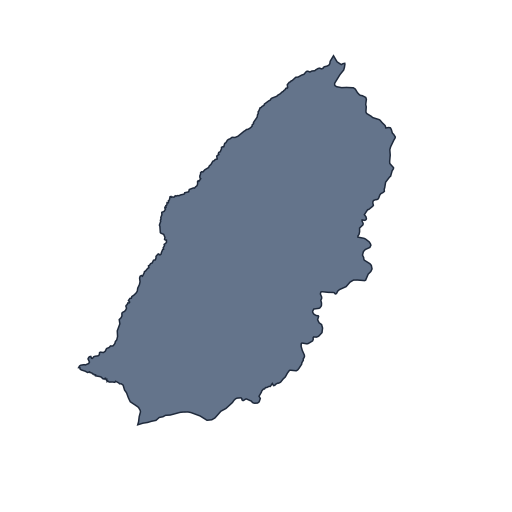 outline of Alto Parnaíba, Maranhão, Brazil, rotated 219°
{"feature_id": "56859067B51546215528696", "entity_name": "Alto Parnaíba", "entity_type": "district", "adm_level": 2, "iso_a3": "BRA", "parent_name": "Brazil", "parent_adm1": "Maranhão", "projection": "natural_earth1", "projection_center": [-46.179, -9.51], "detail": "fine", "context": "isolated", "style": "filled", "palette": "slate", "viewbox_px": 512, "rotation_deg": 219, "n_neighbors": 0, "source": "geoboundaries", "source_scale": "gbopen_adm2", "svg_char_len": 6085}
<svg xmlns="http://www.w3.org/2000/svg" viewBox="0 0 512 512"><g transform="rotate(219 256 256)"><path d="M197.7,363.0L196.6,368.1L196.7,369.3L198.6,370.7L199.4,372.0L199.6,373.1L198.4,375.2L197.6,375.8L197.0,377.1L197.1,378.2L198.2,381.5L198.2,383.0L197.3,385.1L196.9,387.0L198.4,388.6L198.9,390.0L201.7,394.9L201.9,401.5L201.6,402.7L203.8,407.8L204.1,410.3L204.7,411.2L210.3,412.1L211.8,413.8L215.2,418.9L218.9,422.8L220.1,425.6L221.8,432.7L222.2,435.4L222.7,436.2L225.7,437.2L227.3,437.3L230.5,439.5L232.2,440.2L233.7,439.4L235.7,437.2L237.3,438.4L238.3,438.7L241.9,439.0L245.0,439.6L246.1,439.5L252.5,437.0L254.3,437.1L259.6,436.4L260.8,436.8L261.6,437.6L264.2,441.3L266.1,442.8L268.8,447.2L270.5,448.3L274.3,447.5L276.1,446.5L277.2,446.4L280.0,446.8L283.9,448.2L286.2,448.0L291.7,444.0L295.4,440.7L299.9,438.3L301.8,438.1L302.5,438.4L303.6,439.8L304.9,449.8L304.9,455.7L306.0,458.3L307.6,461.0L308.3,461.6L309.5,460.1L310.2,458.4L315.2,457.9L321.8,460.4L320.9,454.0L319.6,451.8L319.5,450.1L320.3,448.3L321.9,446.2L322.3,445.0L322.0,444.0L322.9,442.6L324.7,442.1L325.7,440.9L326.7,438.3L326.9,437.0L329.0,434.9L329.9,432.9L331.6,432.4L332.6,431.8L333.0,430.7L333.1,427.3L334.4,425.3L335.9,421.5L337.6,419.9L338.3,415.1L338.9,414.2L338.9,413.0L339.5,411.9L339.5,408.8L337.3,406.7L337.4,405.9L338.1,405.6L338.4,404.8L338.0,403.9L338.5,402.0L338.4,401.0L338.9,400.2L339.3,397.2L340.3,394.6L340.4,393.2L343.0,388.7L343.3,387.6L343.0,386.2L343.7,384.7L345.1,379.4L344.6,378.0L345.4,376.2L345.5,374.5L346.1,373.8L345.1,370.6L345.1,369.4L343.9,368.2L343.8,366.9L342.5,364.7L342.0,358.2L341.2,357.3L341.5,355.4L340.7,354.4L341.0,352.1L341.9,349.5L343.1,348.2L343.2,346.9L343.8,345.5L345.4,337.7L346.9,334.9L349.3,333.2L350.0,330.5L350.8,329.3L351.1,327.9L350.7,325.1L351.2,323.8L349.8,320.6L350.8,319.7L351.2,318.7L350.3,317.6L349.4,314.5L350.1,313.1L349.8,312.0L348.7,311.4L349.2,310.3L349.4,308.9L347.2,307.0L348.5,305.2L348.4,303.9L349.2,302.5L348.6,298.7L349.0,296.7L348.5,294.9L350.0,290.9L350.2,287.9L351.3,287.2L351.5,285.9L350.7,284.9L350.0,282.8L348.7,281.4L347.6,281.3L347.4,278.1L348.3,278.1L348.3,277.1L346.7,275.2L346.3,274.2L346.1,273.3L346.5,271.6L346.5,270.1L347.5,269.5L349.7,265.7L348.7,263.5L351.2,260.3L350.8,259.4L351.0,258.6L353.0,256.1L353.8,254.4L355.1,253.5L355.8,252.3L356.7,252.0L356.6,250.6L357.0,249.9L357.9,249.5L358.7,248.4L359.5,248.8L360.1,248.0L358.6,245.0L358.8,243.6L358.0,243.1L357.7,242.1L358.7,241.5L357.4,239.5L357.8,238.4L356.7,237.3L357.5,236.7L357.1,235.9L355.9,235.6L355.5,232.9L356.7,230.6L355.1,228.8L354.2,226.0L353.1,224.9L352.8,223.6L351.9,223.0L350.5,219.2L349.4,218.6L345.1,214.0L344.4,213.9L341.3,214.7L338.4,213.1L337.6,211.4L336.6,211.3L335.6,212.0L334.2,210.3L334.2,208.9L334.7,207.2L333.6,206.4L333.3,204.0L332.1,203.1L332.6,202.3L331.6,198.9L331.0,198.0L331.2,196.6L331.9,196.1L332.6,196.4L333.3,196.1L333.5,193.8L333.5,192.8L332.5,191.6L331.8,189.6L333.0,188.2L332.3,185.3L333.1,183.7L332.9,181.8L333.4,180.7L331.9,179.5L332.4,178.2L332.4,174.8L332.9,173.7L332.2,172.3L331.5,168.8L332.8,168.7L333.3,167.3L332.6,165.6L329.9,163.0L328.6,160.4L327.7,156.6L326.1,153.9L325.9,151.6L326.3,148.5L327.0,146.4L326.3,144.8L327.3,143.7L327.1,141.1L325.2,140.7L325.1,139.7L326.1,138.9L325.6,137.3L325.8,135.7L325.4,135.0L323.8,134.0L323.3,132.2L323.3,130.2L324.0,128.8L324.3,127.6L323.9,126.7L322.5,125.1L322.0,123.2L322.3,120.5L319.1,117.6L316.7,110.5L312.9,106.3L311.4,103.1L311.5,101.1L310.6,99.2L310.5,96.4L311.1,95.5L312.5,94.5L312.5,92.6L313.9,90.0L313.2,86.9L313.9,84.9L316.4,83.4L316.8,82.5L315.6,80.6L315.9,79.0L317.9,76.9L318.7,75.6L318.7,73.5L319.4,73.0L321.2,74.0L322.0,73.0L322.2,71.9L321.8,70.3L318.7,68.8L318.4,67.1L320.1,63.9L321.2,63.4L323.5,60.8L323.9,59.5L323.6,57.6L322.5,58.3L321.5,57.4L320.1,57.5L316.2,59.0L313.5,59.5L312.4,61.3L311.8,60.9L309.9,61.8L308.8,61.5L307.8,62.1L306.9,61.8L305.9,62.7L305.3,61.9L301.3,64.1L299.9,64.5L297.9,64.2L297.1,64.7L296.5,64.7L296.5,65.6L296.0,66.3L295.2,65.7L294.4,66.3L293.9,65.3L293.2,65.5L292.7,64.7L292.2,65.6L290.8,65.6L288.2,67.8L286.2,69.0L286.3,70.3L282.9,71.0L281.6,70.8L280.3,71.9L278.0,72.0L273.8,69.1L270.5,68.2L265.8,65.4L262.0,63.6L253.0,64.4L251.8,64.3L248.9,63.2L247.7,62.2L245.7,57.7L242.9,53.2L241.7,50.4L238.6,55.0L235.5,58.4L233.2,61.8L230.3,65.3L229.6,69.6L227.1,72.6L226.1,75.2L222.6,78.4L216.6,86.7L214.7,88.6L210.7,92.0L208.0,93.4L198.8,96.5L190.7,97.5L187.3,100.9L186.0,104.3L185.6,113.3L183.4,118.6L182.1,127.3L182.3,130.0L182.0,132.3L181.2,133.7L178.5,136.3L177.2,136.2L176.4,135.4L175.5,135.3L174.8,135.8L174.1,138.1L173.5,138.9L168.2,140.3L166.5,139.9L164.7,140.5L162.4,142.5L161.9,143.7L161.8,144.8L163.0,148.0L165.4,148.9L166.1,153.5L166.6,154.8L166.5,157.3L165.7,158.0L165.8,159.8L164.9,160.5L163.8,162.9L162.8,163.6L163.1,167.2L160.8,166.3L160.0,167.3L160.0,168.6L159.2,170.7L158.4,171.4L157.5,173.4L157.5,177.6L157.1,180.4L157.9,184.9L158.0,188.2L157.4,188.9L152.5,192.1L151.9,193.7L151.9,195.6L152.4,200.6L153.2,201.9L153.6,204.7L154.6,205.9L154.6,206.9L155.0,208.3L156.0,209.4L160.7,211.8L164.1,214.2L165.7,216.4L165.5,217.3L161.1,219.8L160.3,220.9L158.6,225.6L159.0,227.1L160.2,228.5L160.3,229.3L158.0,231.0L157.2,232.3L156.8,233.4L156.5,238.0L158.9,241.9L161.9,244.0L164.9,243.8L168.0,245.2L169.3,248.4L170.0,248.7L171.8,247.6L174.4,247.2L176.5,247.9L177.3,248.9L177.7,251.2L174.2,254.9L173.7,255.9L173.8,258.1L174.1,258.9L175.5,260.7L177.8,262.4L178.2,264.2L179.1,265.4L182.1,267.0L182.9,268.7L182.4,269.7L177.0,273.2L173.0,276.3L172.1,276.7L170.5,276.4L170.0,277.0L169.9,278.0L170.4,280.0L170.0,282.4L166.7,288.9L166.5,294.8L165.1,298.6L162.0,301.2L156.1,305.2L155.6,306.2L157.4,312.5L157.0,316.2L157.7,319.0L160.5,321.3L162.6,321.7L169.1,320.9L170.1,321.3L171.4,322.6L173.8,323.7L175.3,327.0L175.2,329.2L175.0,330.1L172.9,334.3L173.5,336.7L174.8,337.5L176.9,338.2L181.6,338.1L183.2,337.7L188.7,334.8L189.4,335.7L189.5,337.5L190.7,340.0L193.1,342.9L192.5,347.6L193.3,348.8L195.3,349.7L196.2,350.8L193.8,352.2L193.4,353.5L193.6,354.4L195.2,355.7L197.8,356.3L198.4,362.3L197.7,363.0Z" fill="#64748b" stroke="#1e293b" stroke-width="1.5"/></g></svg>